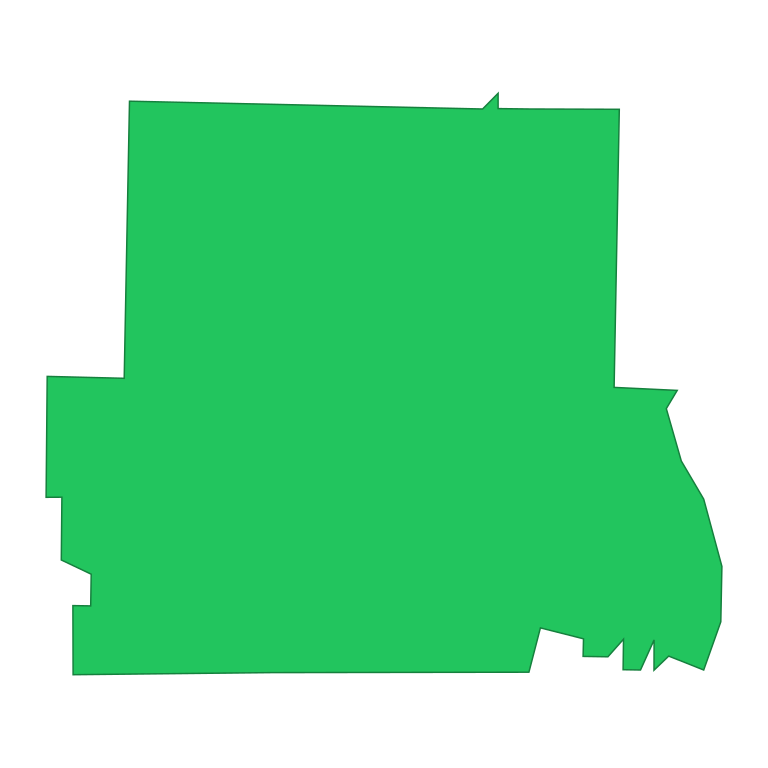 outline of Randolph, Georgia, United States of America
{"feature_id": "52423323B38582621445702", "entity_name": "Randolph", "entity_type": "district", "adm_level": 2, "iso_a3": "USA", "parent_name": "United States of America", "parent_adm1": "Georgia", "projection": "mercator", "projection_center": [-84.71, 31.774], "detail": "fine", "context": "isolated", "style": "filled", "palette": "green", "viewbox_px": 768, "rotation_deg": 0, "n_neighbors": 0, "source": "geoboundaries", "source_scale": "gbopen_adm2", "svg_char_len": 554}
<svg xmlns="http://www.w3.org/2000/svg" viewBox="0 0 768 768"><path d="M47.2,376.4L46.1,497.3L61.9,497.2L61.3,560.0L91.2,574.2L90.7,605.9L72.9,605.6L73.1,674.7L271.7,672.6L528.9,672.2L540.4,627.9L583.5,638.8L583.1,656.4L607.9,656.8L623.5,639.2L623.1,669.7L640.5,670.0L654.1,639.9L654.0,670.2L668.7,656.1L703.7,670.0L720.8,621.8L721.9,566.4L703.7,499.1L681.3,461.0L666.3,408.6L677.2,390.4L614.1,387.4L619.3,109.3L530.0,109.0L498.1,108.6L498.1,93.3L482.6,109.0L129.5,101.2L124.2,378.3L47.2,376.4Z" fill="#22c55e" stroke="#15803d" stroke-width="1.5"/></svg>